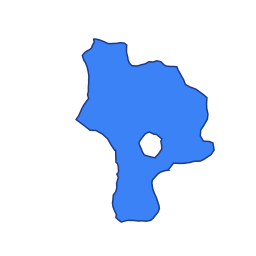 the district of Khojaly District, Xocalı, Azerbaijan, rotated 38°
{"feature_id": "54616110B87325868620163", "entity_name": "Khojaly District", "entity_type": "district", "adm_level": 2, "iso_a3": "AZE", "parent_name": "Azerbaijan", "parent_adm1": "Xocalı", "projection": "robinson", "projection_center": [46.732, 39.84], "detail": "fine", "context": "isolated", "style": "filled", "palette": "blue", "viewbox_px": 256, "rotation_deg": 38, "n_neighbors": 0, "source": "geoboundaries", "source_scale": "gbopen_adm2", "svg_char_len": 2155}
<svg xmlns="http://www.w3.org/2000/svg" viewBox="0 0 256 256"><g transform="rotate(38 128 128)"><path d="M147.6,171.2L150.7,172.8L153.1,178.6L156.1,182.2L157.6,185.9L157.7,189.9L160.1,193.5L162.1,196.9L164.9,199.4L165.3,199.7L168.4,201.5L172.2,203.4L173.6,206.0L176.3,206.3L180.5,206.3L183.0,202.8L184.9,200.7L189.3,197.4L193.4,194.9L195.9,192.7L200.0,190.0L202.7,186.8L203.4,183.7L203.4,179.2L203.4,175.7L202.3,172.1L199.9,169.9L192.7,165.1L189.1,163.3L185.2,160.9L180.6,156.6L179.1,153.6L179.3,153.6L179.6,148.4L179.9,145.7L180.8,142.7L182.7,139.9L184.5,137.6L186.0,136.2L185.5,136.2L185.5,131.4L185.5,127.6L189.9,124.6L193.6,121.6L197.4,117.7L198.1,117.0L199.0,115.6L201.4,112.7L205.1,109.9L207.0,106.3L209.8,97.8L209.4,92.3L204.1,87.5L200.1,88.7L195.5,91.9L189.9,89.8L186.5,84.7L186.2,79.5L186.1,79.1L185.2,72.3L182.6,68.0L178.0,64.1L175.3,61.0L171.5,55.5L166.8,55.3L157.6,55.6L151.3,57.6L146.4,58.4L142.2,55.8L138.3,54.2L131.4,51.3L129.0,49.7L127.1,50.7L123.9,53.1L120.4,55.5L117.8,56.1L113.0,55.6L109.2,57.4L107.0,60.7L103.8,62.8L102.0,66.9L99.4,70.2L97.2,73.3L94.7,75.2L92.5,76.5L89.2,76.0L86.2,74.3L84.2,72.4L81.3,70.2L79.7,68.7L77.5,65.7L75.9,63.4L72.8,63.4L69.4,65.6L66.7,68.5L64.3,70.5L62.2,72.4L60.3,73.7L56.7,74.6L52.9,75.6L49.2,77.0L46.9,78.4L46.2,79.2L48.6,81.2L49.0,84.6L49.6,86.3L50.0,87.1L49.5,90.0L48.4,92.2L47.5,95.0L47.3,98.9L49.3,100.3L51.5,101.8L54.1,102.6L56.3,103.9L58.2,105.0L61.7,107.9L64.0,110.0L66.2,112.4L67.2,114.1L69.4,116.8L70.9,119.2L72.3,121.1L74.3,123.6L75.6,126.7L78.8,129.0L78.8,132.6L79.0,136.9L79.7,141.2L79.8,141.7L80.5,144.1L81.7,148.9L81.8,152.4L81.9,153.3L89.9,153.1L99.6,153.1L104.2,149.7L111.5,148.5L118.4,149.0L125.3,151.8L131.4,153.8L132.0,153.2L139.6,162.4L141.5,162.5L142.0,162.8L144.2,164.5L146.3,166.9L147.6,168.5L147.9,170.9L147.6,171.2ZM165.8,121.7L167.5,123.7L167.7,125.8L168.0,129.1L167.5,134.9L164.8,136.3L161.0,137.9L157.4,139.2L154.2,138.0L151.5,136.4L151.3,136.3L148.8,135.0L146.1,133.4L145.3,131.3L145.1,125.8L145.1,122.2L146.0,120.2L147.3,118.0L151.5,117.1L151.8,117.1L154.6,115.5L161.4,115.8L162.0,118.2L164.9,120.7L165.8,121.7Z" fill="#3b82f6" stroke="#1e3a8a" stroke-width="1.5"/></g></svg>